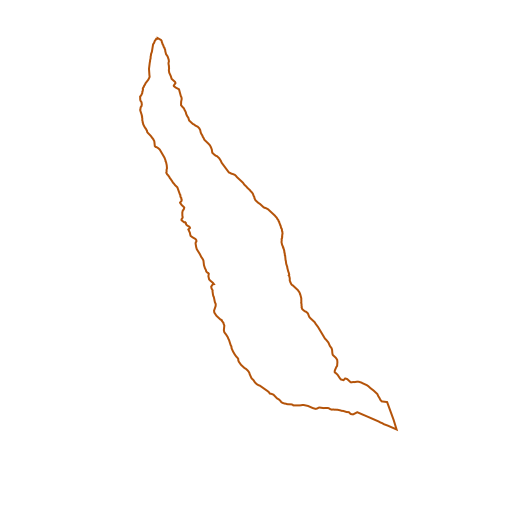 Poas, Alajuela, Costa Rica (Equal Earth projection), rotated 133°
{"feature_id": "36466004B26047404335903", "entity_name": "Poas", "entity_type": "district", "adm_level": 2, "iso_a3": "CRI", "parent_name": "Costa Rica", "parent_adm1": "Alajuela", "projection": "equal_earth", "projection_center": [-84.237, 10.106], "detail": "fine", "context": "isolated", "style": "outline", "palette": "amber", "viewbox_px": 512, "rotation_deg": 133, "n_neighbors": 0, "source": "geoboundaries", "source_scale": "gbopen_adm2", "svg_char_len": 6124}
<svg xmlns="http://www.w3.org/2000/svg" viewBox="0 0 512 512"><g transform="rotate(133 256 256)"><path d="M287.0,34.9L282.0,43.6L273.4,60.5L276.6,64.9L276.4,66.9L275.6,69.0L275.1,71.0L274.2,73.1L274.2,78.3L274.6,82.3L274.6,85.3L274.8,85.9L274.8,86.6L276.5,91.7L276.6,92.4L277.9,95.1L278.9,96.3L281.0,97.9L281.8,98.9L283.6,100.3L283.8,101.1L283.8,105.3L284.5,106.9L284.8,107.3L287.1,107.3L288.4,109.7L288.2,111.3L287.2,115.4L287.2,117.9L287.4,119.0L286.6,119.9L285.4,120.5L282.2,121.6L281.1,121.7L278.2,124.0L277.3,125.0L276.6,125.8L276.3,126.9L276.0,128.3L276.0,132.0L275.9,132.6L274.9,134.0L272.8,136.3L271.9,137.8L271.4,140.6L269.9,144.1L269.4,147.8L269.4,149.2L265.6,162.3L264.9,166.3L264.4,167.9L264.4,174.0L264.2,175.6L262.6,178.9L262.6,181.3L262.8,181.6L263.1,182.5L263.3,184.2L263.3,186.0L262.4,187.7L262.0,187.8L261.2,188.9L260.1,189.9L259.4,191.1L259.0,191.2L256.0,194.1L254.0,197.3L253.9,197.8L253.6,198.0L252.9,199.7L252.6,201.4L252.4,201.9L252.4,209.1L252.6,209.6L252.6,210.8L252.0,212.2L251.9,212.8L251.4,213.5L251.0,214.5L249.2,216.2L247.9,218.2L247.9,218.8L247.0,219.0L246.1,220.3L245.3,221.9L243.2,225.2L242.8,225.5L241.1,228.6L239.1,231.0L238.9,231.5L235.9,234.9L235.8,235.4L234.7,236.5L234.2,237.5L233.8,237.7L233.6,238.2L232.9,238.9L232.4,239.9L232.1,240.1L231.5,241.7L231.1,241.9L231.1,242.4L230.8,242.7L230.0,244.6L228.4,246.9L227.3,247.6L226.1,248.9L225.6,248.9L225.3,249.2L224.5,249.6L223.9,250.3L223.5,250.4L223.2,250.8L222.1,251.6L221.7,251.7L220.1,253.5L220.0,254.0L218.9,255.2L218.4,256.1L218.4,256.7L217.0,258.8L216.9,259.4L216.6,259.7L216.2,260.7L215.5,262.1L215.2,262.4L215.2,263.0L214.5,264.3L214.3,265.9L214.1,266.2L213.8,267.4L213.8,268.6L213.6,269.5L213.6,279.1L214.4,281.9L215.0,282.7L215.0,283.3L215.2,283.6L215.2,288.4L215.6,290.8L215.6,294.4L214.7,296.7L214.1,297.3L213.6,298.9L212.7,300.5L212.3,302.1L212.2,304.5L212.0,305.0L212.0,309.2L211.8,310.2L211.8,313.2L211.3,315.5L211.3,323.9L211.1,325.0L211.1,326.8L211.8,328.7L212.7,330.4L212.7,331.0L213.4,332.8L211.2,344.8L210.4,346.6L209.6,349.6L209.6,352.7L210.2,354.0L210.2,355.2L210.3,355.4L210.3,358.4L208.3,360.9L207.1,363.3L207.1,363.6L206.5,365.0L206.3,367.2L206.2,373.0L205.4,374.9L205.1,376.3L204.5,377.3L204.0,379.2L203.4,380.6L201.9,382.8L201.3,384.6L201.2,386.8L202.0,389.4L202.0,390.6L202.5,392.3L202.5,397.3L201.0,399.9L200.7,401.6L200.4,402.2L200.1,403.2L199.9,403.4L199.6,404.2L198.9,405.1L198.3,406.5L198.0,407.6L197.2,409.4L197.1,411.6L196.8,413.7L194.2,416.0L192.2,417.2L191.4,417.9L190.7,418.9L190.4,419.9L186.6,426.0L187.6,429.7L187.8,431.9L187.4,432.4L184.5,432.8L184.1,433.4L183.9,433.9L184.0,438.5L182.6,440.9L181.1,444.5L179.5,446.5L178.0,447.6L177.0,448.8L176.5,449.1L175.8,450.2L174.6,451.6L173.1,452.4L172.0,453.7L170.5,456.4L170.1,457.6L169.8,459.3L168.1,462.0L167.2,463.0L166.5,464.6L166.3,464.7L166.0,466.1L165.1,467.6L164.9,468.6L164.2,469.7L164.0,470.4L163.1,471.6L162.8,472.8L163.7,476.5L164.0,476.2L164.4,476.2L165.2,477.1L166.1,476.8L167.5,476.8L169.6,475.9L171.4,475.6L177.7,471.4L180.1,470.4L180.4,470.0L182.4,468.8L183.0,468.1L185.0,467.0L185.8,466.3L187.0,465.6L192.1,461.9L196.6,457.1L197.1,456.4L197.9,455.8L200.5,455.0L205.0,454.6L206.7,454.0L207.6,454.0L208.8,453.4L209.7,453.4L211.0,452.8L211.2,452.3L212.8,451.3L213.2,451.3L214.4,450.3L217.0,449.5L218.4,449.5L220.8,447.1L221.3,446.1L221.6,444.6L223.1,442.8L224.6,441.9L225.5,441.9L226.7,441.3L227.3,440.7L228.1,440.4L228.6,439.7L230.1,437.0L231.0,435.4L231.4,435.1L231.5,434.6L232.5,433.7L232.7,433.2L234.4,431.6L234.8,430.8L235.7,429.8L235.8,429.3L236.5,428.5L237.3,426.4L237.9,424.5L237.9,423.9L238.1,423.6L238.1,423.0L238.6,422.0L238.6,421.4L239.5,420.2L239.7,419.3L239.9,415.2L240.1,413.6L240.4,413.1L240.4,411.9L240.6,411.4L240.6,410.8L240.8,410.5L241.3,408.9L241.8,408.2L244.6,405.0L244.7,403.8L244.2,403.0L243.8,400.8L243.8,399.0L246.5,390.0L247.9,387.2L248.3,386.9L248.7,385.8L250.5,383.2L252.5,381.0L254.1,380.1L255.4,378.8L256.2,378.5L256.4,378.2L256.5,377.6L256.9,376.7L256.9,374.9L257.2,374.4L257.3,373.3L257.8,372.1L257.8,371.5L258.6,367.9L259.0,366.9L259.0,365.7L259.4,363.4L259.4,360.4L263.0,353.4L263.0,352.9L264.2,351.7L264.6,350.0L265.2,349.6L265.6,348.6L266.6,348.0L268.7,348.0L268.9,347.7L269.4,345.2L269.4,342.0L269.6,341.4L271.3,340.6L272.6,340.6L274.4,339.6L276.8,337.3L277.6,336.1L278.4,335.7L279.9,335.5L280.5,335.1L280.6,334.2L280.3,331.3L279.6,330.9L279.6,330.7L279.7,329.7L280.3,329.1L280.6,328.4L280.6,326.9L280.1,325.1L280.2,323.9L280.5,323.4L282.7,323.6L284.1,320.2L285.4,318.4L285.9,317.5L285.6,315.1L284.9,312.1L284.9,311.4L285.1,310.6L285.7,309.7L286.4,309.4L287.1,309.4L288.1,308.7L290.3,305.8L291.4,304.0L292.9,298.4L294.1,295.2L294.3,294.0L294.8,292.2L295.3,291.2L298.2,287.8L299.7,285.1L300.5,282.9L301.1,282.1L301.3,281.4L301.3,279.9L301.0,279.3L301.2,278.4L303.2,277.1L305.1,274.3L305.2,272.4L305.0,269.0L305.3,267.6L306.2,268.3L308.9,267.9L309.8,266.8L310.2,266.0L310.7,264.3L311.5,263.7L313.7,261.0L314.4,259.9L314.8,258.8L317.8,254.6L318.6,252.7L320.1,251.4L324.6,249.4L325.8,247.9L326.7,244.2L326.7,238.5L326.4,238.1L326.3,237.1L326.7,236.8L327.1,234.2L327.5,233.8L328.5,231.7L332.2,228.9L333.3,227.3L333.6,226.0L333.8,224.5L334.7,221.1L335.3,220.0L335.8,218.5L338.5,213.7L338.9,212.4L340.2,210.8L340.7,209.6L341.5,207.7L342.5,204.4L343.0,201.9L343.1,200.0L343.4,198.8L344.3,197.9L345.0,196.6L345.8,192.8L345.8,188.1L345.4,186.3L345.4,184.1L345.6,182.6L346.1,181.0L346.7,180.1L348.3,176.3L348.5,175.5L348.5,173.2L349.1,170.9L349.2,169.7L349.2,168.0L348.8,166.1L348.2,164.8L346.9,155.4L346.8,153.7L347.2,152.1L346.2,150.5L345.5,148.6L345.8,143.5L345.3,141.5L345.3,139.4L345.6,138.1L345.4,136.6L344.4,134.4L343.7,133.5L343.1,132.1L340.2,128.7L339.8,127.6L339.8,126.8L334.9,121.6L333.4,120.5L332.4,119.4L330.2,115.7L328.5,110.8L327.2,108.2L326.1,107.4L324.0,106.6L323.5,106.2L321.4,103.2L318.2,99.8L317.7,99.0L317.4,97.3L316.7,95.8L315.6,94.9L315.1,94.1L312.9,91.6L311.3,88.9L310.9,87.9L309.8,86.5L308.3,83.3L306.9,81.6L307.0,79.2L306.8,78.7L306.1,77.6L305.5,76.9L301.2,75.4L293.4,53.5L292.9,51.4L292.1,49.5L291.9,48.0L290.2,44.0L287.0,34.9Z" fill="none" stroke="#b45309" stroke-width="2"/></g></svg>